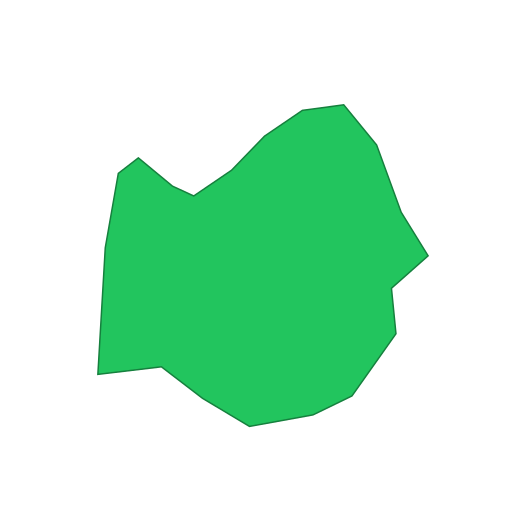 Pécs, orthographic projection, rotated 205°
{"feature_id": "HUN-4913", "entity_name": "Pécs", "entity_type": "Urban county", "adm_level": 1, "iso_a3": "HUN", "parent_name": "Hungary", "parent_adm1": "", "projection": "orthographic", "projection_center": [18.248, 46.078], "detail": "fine", "context": "isolated", "style": "filled", "palette": "green", "viewbox_px": 512, "rotation_deg": 205, "n_neighbors": 0, "source": "natural_earth", "source_scale": "10m", "svg_char_len": 419}
<svg xmlns="http://www.w3.org/2000/svg" viewBox="0 0 512 512"><g transform="rotate(205 256 256)"><path d="M349.3,81.9L396.1,199.8L415.7,272.7L404.1,295.2L361.2,284.0L337.8,284.1L314.4,323.4L298.9,368.3L275.5,407.6L240.4,430.1L193.6,407.6L142.9,357.0L100.1,328.9L119.6,284.0L96.3,244.7L109.9,169.7L137.2,136.1L189.9,98.8L244.3,104.4L294.9,115.6L349.3,81.9Z" fill="#22c55e" stroke="#15803d" stroke-width="1.5"/></g></svg>